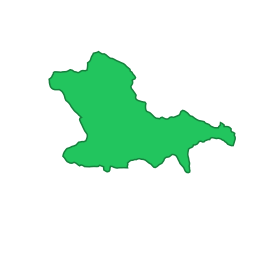 outline of Serranópolis de Minas, Minas Gerais, Brazil, rotated 309°
{"feature_id": "56859067B28805372666394", "entity_name": "Serranópolis de Minas", "entity_type": "district", "adm_level": 2, "iso_a3": "BRA", "parent_name": "Brazil", "parent_adm1": "Minas Gerais", "projection": "natural_earth1", "projection_center": [-42.853, -15.87], "detail": "fine", "context": "isolated", "style": "filled", "palette": "green", "viewbox_px": 256, "rotation_deg": 309, "n_neighbors": 0, "source": "geoboundaries", "source_scale": "gbopen_adm2", "svg_char_len": 4058}
<svg xmlns="http://www.w3.org/2000/svg" viewBox="0 0 256 256"><g transform="rotate(309 128 128)"><path d="M65.1,95.2L64.8,97.5L64.0,99.9L63.6,102.0L64.0,103.5L64.3,105.0L65.4,106.6L67.4,107.7L67.9,109.2L68.0,110.9L68.0,112.5L68.2,114.2L69.7,114.6L70.5,116.6L70.7,118.5L72.1,120.4L73.5,122.3L74.6,123.4L75.7,124.6L77.1,126.2L78.4,128.0L79.5,129.1L81.2,129.4L81.9,131.6L82.5,133.5L81.5,134.3L80.2,135.7L80.5,137.8L80.8,139.3L82.3,140.5L83.9,140.3L85.5,139.2L87.2,138.5L88.2,139.9L88.6,141.7L89.3,143.4L90.0,144.7L91.1,145.7L92.3,147.0L93.7,148.7L95.0,150.3L95.9,151.5L96.8,152.7L97.8,151.5L99.4,150.9L100.5,149.7L102.6,150.0L104.5,150.5L106.0,152.0L107.8,153.1L108.6,154.3L110.1,155.0L111.4,156.2L112.1,158.0L113.3,159.7L114.0,161.8L114.0,163.8L114.0,166.2L114.4,168.7L114.0,170.9L113.8,172.7L114.4,174.0L116.0,174.7L117.4,175.0L118.7,175.2L120.1,175.7L121.9,176.5L125.2,176.3L126.8,175.7L128.3,175.8L129.6,176.3L130.5,177.3L131.6,178.1L133.2,178.5L135.2,178.9L136.4,180.8L136.7,183.0L135.9,185.3L135.0,187.0L134.2,188.9L133.2,190.8L132.7,193.8L132.3,196.2L131.1,198.5L130.4,200.1L130.5,201.8L131.3,203.0L132.6,203.6L133.8,202.9L134.8,201.6L135.8,200.8L136.9,199.5L138.2,198.8L139.5,197.9L140.5,196.5L141.7,195.1L142.8,193.9L143.6,192.7L145.0,191.1L146.5,190.1L147.9,189.3L149.8,188.3L151.7,188.9L153.0,189.7L154.4,190.1L156.0,189.5L157.1,190.8L158.9,191.8L160.8,191.9L162.3,191.8L163.6,192.9L164.1,194.8L165.1,195.8L166.6,195.9L167.9,196.7L169.4,197.5L170.4,198.8L171.8,198.5L173.3,199.2L174.4,201.1L175.4,203.3L176.9,204.6L177.9,206.8L178.1,208.9L178.6,210.4L178.4,211.9L178.6,213.5L178.2,215.7L178.8,217.9L179.4,219.5L180.5,220.8L182.3,220.1L183.8,219.5L185.2,218.9L186.9,218.2L188.3,217.0L189.2,215.2L191.0,214.3L190.8,212.4L190.3,211.0L190.8,209.6L192.2,208.7L192.4,206.6L191.9,204.8L190.8,203.2L189.6,201.8L190.8,200.8L190.8,198.4L190.4,196.5L189.1,197.3L188.1,198.0L186.4,197.7L185.0,198.0L183.7,196.5L182.5,194.8L182.1,193.3L181.5,191.1L181.7,188.7L181.1,186.8L180.5,185.2L180.8,183.1L179.8,181.1L179.0,179.6L178.3,178.3L177.8,176.2L177.5,173.4L177.5,170.8L176.6,168.9L176.7,167.2L177.1,165.1L177.0,163.0L176.8,161.1L176.1,159.4L174.1,158.8L172.5,159.3L170.7,159.8L168.4,158.7L166.6,157.7L165.0,156.8L164.0,154.9L162.7,153.9L161.1,153.6L159.9,153.2L158.7,151.5L158.1,149.2L157.9,147.8L156.7,147.0L155.2,146.8L154.3,145.2L153.3,143.7L153.1,141.7L153.4,138.9L153.6,136.7L153.6,135.1L153.1,133.5L152.7,132.0L153.3,130.5L154.3,129.3L155.3,128.4L156.5,127.5L158.3,126.5L158.7,124.9L158.0,123.8L157.0,121.8L156.3,120.0L155.7,118.5L155.5,117.0L155.7,115.6L156.7,114.5L158.6,113.6L159.3,111.6L159.8,109.8L160.4,107.7L160.8,105.8L162.0,104.1L163.7,103.8L165.2,103.6L166.7,102.7L167.7,101.2L169.2,101.7L170.5,102.4L171.9,102.1L172.6,100.4L173.1,97.7L173.8,96.0L173.7,93.9L174.8,92.6L174.9,90.6L174.9,88.0L175.2,86.4L175.2,84.1L174.4,81.4L173.8,79.0L173.1,76.6L172.7,74.2L172.2,72.1L171.1,70.5L170.9,68.8L170.9,66.7L171.0,64.9L170.7,63.0L169.3,61.3L168.9,59.2L168.8,57.0L167.5,56.5L165.9,55.3L164.3,54.1L163.0,54.5L160.5,54.8L158.6,55.5L156.8,56.2L155.0,56.1L153.2,55.6L152.1,56.6L150.9,57.5L149.4,58.5L147.3,59.7L145.6,58.8L144.8,57.6L143.9,56.4L142.8,55.7L141.5,55.3L140.2,54.9L139.3,53.8L138.9,52.5L137.9,50.6L137.8,48.4L136.9,46.4L134.8,45.6L133.1,44.7L131.7,43.2L130.3,41.7L129.0,40.7L128.1,39.2L126.7,37.3L125.6,35.8L124.3,35.2L122.8,36.0L121.5,36.1L119.8,36.6L117.9,36.5L116.3,36.0L115.1,37.3L113.7,38.5L112.5,40.0L111.3,41.8L110.9,43.6L111.0,45.2L111.8,47.1L113.2,48.8L114.7,50.6L114.9,53.7L114.2,55.9L113.4,57.7L112.3,59.3L111.3,60.6L110.4,62.4L110.4,63.9L110.3,65.9L109.8,68.2L108.9,70.4L108.4,72.3L107.7,75.1L107.5,76.8L107.5,78.2L107.4,80.0L107.1,81.6L107.1,83.3L106.9,85.2L105.5,84.5L104.1,85.1L103.2,86.6L102.3,88.3L101.5,90.1L100.9,91.3L100.2,92.7L99.5,94.2L98.6,96.1L98.1,98.0L97.3,100.5L95.4,102.0L93.3,102.8L91.6,103.3L89.7,102.4L88.5,100.8L87.1,99.7L85.9,98.6L84.4,98.5L82.2,98.4L80.2,97.4L78.2,96.0L76.5,95.3L75.1,94.5L73.8,93.6L72.4,93.4L70.8,93.5L69.3,93.6L67.1,94.2L65.1,95.2Z" fill="#22c55e" stroke="#15803d" stroke-width="1.5"/></g></svg>